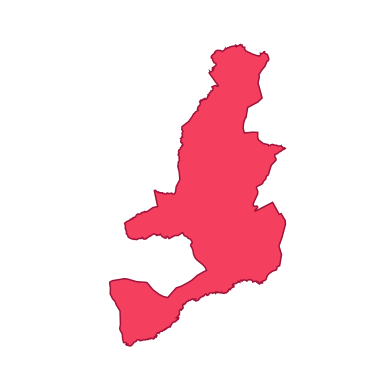 Sai Mun, Yasothon, Thailand (Equal Earth projection), rotated 242°
{"feature_id": "78962969B82059554981356", "entity_name": "Sai Mun", "entity_type": "district", "adm_level": 2, "iso_a3": "THA", "parent_name": "Thailand", "parent_adm1": "Yasothon", "projection": "equal_earth", "projection_center": [104.191, 15.992], "detail": "fine", "context": "isolated", "style": "filled", "palette": "rose", "viewbox_px": 384, "rotation_deg": 242, "n_neighbors": 0, "source": "geoboundaries", "source_scale": "gbopen_adm2", "svg_char_len": 5939}
<svg xmlns="http://www.w3.org/2000/svg" viewBox="0 0 384 384"><g transform="rotate(242 192 192)"><path d="M91.2,60.9L90.5,62.2L89.3,63.2L88.8,62.8L88.3,63.3L88.3,62.2L87.2,62.5L86.8,63.7L85.9,64.0L85.1,65.2L84.9,66.7L86.5,70.3L86.4,72.5L87.2,74.3L86.1,76.2L85.1,76.2L84.4,78.5L84.4,79.9L83.3,81.3L83.2,83.3L82.7,83.3L82.3,84.4L82.4,86.4L81.9,86.4L81.9,87.6L80.3,89.1L80.7,90.4L81.2,90.2L81.6,90.8L80.9,90.8L81.3,92.1L80.7,92.5L81.6,93.5L82.0,93.0L82.8,93.3L84.0,95.8L82.7,96.5L83.6,98.0L83.5,99.7L83.0,100.5L83.4,101.6L83.0,102.6L83.3,103.1L83.2,104.0L83.6,103.8L83.5,106.2L83.9,106.5L83.4,107.9L83.6,108.9L83.1,109.4L83.6,110.3L84.1,110.2L84.8,112.0L85.6,112.8L85.7,114.6L85.3,116.8L85.7,117.1L86.2,120.3L87.3,121.3L87.9,120.6L87.7,119.8L88.1,119.9L88.3,119.4L89.1,122.0L89.6,122.6L89.5,123.3L93.1,125.2L93.5,126.7L92.8,127.1L93.6,127.8L93.2,128.2L93.7,129.7L96.6,130.7L96.4,131.8L96.9,131.9L97.0,132.6L96.6,132.7L96.5,133.8L97.4,135.0L97.7,137.1L97.4,137.4L97.8,138.4L97.2,139.5L97.5,142.3L96.4,142.7L96.0,144.5L95.5,143.4L95.1,144.0L94.1,144.0L93.5,146.5L95.0,150.4L94.6,152.6L95.1,153.1L94.7,153.6L94.9,154.5L95.5,155.8L95.3,156.7L94.4,156.7L94.0,157.3L93.6,156.9L93.3,157.5L94.5,160.7L93.6,162.3L92.9,162.5L92.8,164.1L92.2,165.0L92.4,165.5L91.5,165.3L91.9,166.6L91.4,166.8L91.9,167.4L89.9,169.1L89.9,170.1L89.4,170.3L89.6,171.2L88.5,171.3L87.3,173.0L87.6,174.2L86.9,174.8L87.5,177.6L88.5,178.4L87.9,179.8L88.8,179.7L88.4,181.1L88.8,181.6L88.7,183.5L89.1,183.9L88.6,184.4L89.2,184.8L89.3,184.2L90.3,184.0L90.2,184.8L91.0,184.6L91.1,185.8L91.5,185.8L90.6,187.2L90.7,190.0L91.4,190.6L89.9,191.8L90.5,192.0L91.1,193.8L90.6,194.8L89.8,194.4L90.1,196.2L89.3,197.6L87.6,198.6L88.2,200.6L87.4,201.4L87.4,202.3L85.4,203.8L84.0,203.4L83.6,205.6L82.8,207.2L82.1,206.8L81.5,208.0L80.5,207.5L79.1,208.4L79.2,209.1L79.9,209.3L79.9,211.2L79.2,210.4L78.6,211.6L80.0,212.5L80.2,213.6L79.6,214.8L80.2,216.5L82.7,219.1L83.7,221.3L84.3,225.9L83.6,230.1L85.9,232.0L85.8,234.8L94.6,241.6L103.6,243.4L109.4,249.9L119.8,259.5L123.0,260.9L131.1,260.5L131.2,258.5L145.0,258.3L145.3,239.0L146.2,238.9L147.4,242.5L148.3,243.0L149.2,242.6L149.7,241.0L151.1,239.6L153.4,241.1L159.4,249.0L161.7,250.4L165.4,250.8L166.3,251.6L166.3,258.1L168.0,260.4L168.8,263.2L170.9,264.9L171.4,267.5L178.4,274.5L180.7,281.1L181.9,281.8L183.8,281.6L186.2,282.6L185.8,285.5L186.4,287.6L186.2,289.7L186.6,290.5L186.6,294.8L187.5,294.5L188.0,292.9L188.7,293.2L190.4,292.4L191.1,292.5L191.0,291.9L192.2,289.6L193.6,288.6L194.1,287.5L196.4,285.2L196.8,281.4L198.1,281.5L201.3,277.7L206.8,275.2L209.4,275.6L213.8,278.0L216.3,273.7L219.6,265.9L224.3,267.1L228.6,269.9L231.6,273.0L232.5,274.2L232.4,274.7L240.5,280.8L240.5,292.3L242.1,298.0L257.3,301.5L261.6,305.1L264.7,306.6L265.1,308.0L266.7,310.3L268.7,315.3L272.1,319.6L272.1,320.9L273.3,322.3L277.9,323.1L280.4,321.4L281.9,322.0L282.1,321.4L281.6,320.8L281.4,319.1L282.3,317.5L281.2,317.4L280.3,315.5L282.2,313.1L285.6,309.9L291.4,305.7L293.4,305.5L295.0,306.5L296.5,304.6L298.4,305.2L298.9,303.7L299.5,303.8L299.4,299.3L300.1,298.9L299.8,299.8L300.0,300.2L301.2,299.5L300.7,298.9L302.4,293.7L302.1,292.2L302.6,291.3L302.3,289.9L303.3,289.2L302.2,287.5L301.8,284.6L302.9,284.2L303.8,283.2L304.9,281.5L305.4,279.7L304.7,277.5L303.8,277.3L303.6,275.1L302.7,272.7L301.3,272.0L300.7,272.7L299.9,272.7L299.0,272.2L295.8,272.1L294.5,273.4L292.9,273.1L292.2,271.1L292.1,268.4L291.7,268.3L291.4,269.5L290.8,269.1L290.9,267.6L290.4,267.4L290.1,268.3L289.7,268.1L289.0,265.5L289.2,264.7L290.2,264.4L289.5,264.2L289.1,263.0L273.4,265.1L273.6,263.5L274.8,263.1L275.3,261.9L275.4,258.9L274.6,258.9L274.5,259.5L273.0,259.1L271.9,256.9L272.3,256.2L271.7,255.7L271.2,253.9L270.3,252.9L270.3,251.9L269.5,252.3L269.1,250.7L268.3,250.3L267.5,248.8L267.6,246.8L268.6,247.2L268.6,244.7L268.1,244.5L268.2,243.5L269.0,243.1L268.6,242.0L268.0,242.5L267.9,241.1L266.8,241.3L265.0,239.7L264.5,239.0L264.7,238.1L264.3,237.3L262.7,235.7L261.2,235.8L261.0,232.5L260.2,231.1L260.3,230.2L258.8,228.1L255.8,222.2L254.4,213.8L251.8,212.3L249.7,212.5L248.5,210.7L247.5,210.6L245.8,209.8L245.8,209.3L244.9,209.4L244.6,207.1L243.6,207.3L241.6,205.5L240.6,205.7L240.0,206.4L239.7,206.0L237.9,206.2L237.7,204.9L237.2,204.9L236.4,202.6L235.3,201.8L235.1,199.9L233.6,198.8L232.4,198.9L231.9,198.4L231.8,197.4L228.4,197.1L227.6,196.2L225.8,195.9L225.1,194.2L221.0,191.4L215.9,190.2L208.7,187.1L204.2,180.6L200.0,177.6L198.6,175.9L199.0,174.1L200.5,173.6L201.4,170.8L202.6,169.9L202.8,169.2L202.3,168.6L202.6,167.5L203.6,166.9L204.4,165.6L205.0,165.7L207.0,162.4L207.7,162.6L208.3,161.3L210.6,160.6L211.0,159.4L195.3,154.9L196.6,150.2L195.7,142.8L196.4,142.1L196.2,141.2L197.1,140.8L196.8,139.7L197.4,138.5L197.3,137.0L196.7,136.6L197.4,134.4L198.0,134.1L197.9,132.5L196.5,130.0L197.0,128.1L196.2,127.2L196.8,126.8L196.2,125.8L196.9,124.6L196.3,124.0L196.5,120.2L196.0,117.8L193.4,117.3L191.2,116.0L187.8,115.5L186.0,114.5L185.0,114.9L182.0,114.6L179.5,116.2L178.0,117.8L177.7,118.9L177.2,118.8L176.7,120.1L176.0,120.7L175.8,123.3L174.7,125.6L175.2,126.3L175.0,127.1L174.0,126.8L173.1,127.3L172.3,128.8L172.2,130.4L172.6,130.9L172.7,132.9L173.1,133.6L172.6,134.5L173.1,138.0L172.0,139.7L171.0,140.6L170.4,140.2L170.0,140.6L169.8,142.7L169.3,143.0L169.6,144.2L166.4,144.8L165.3,145.9L164.4,146.0L163.5,147.5L164.3,148.0L164.3,149.4L161.6,149.9L161.6,156.4L160.1,159.3L160.6,164.6L157.1,164.7L154.6,166.7L152.9,166.9L151.4,168.3L149.0,168.8L146.9,168.2L146.5,166.6L144.7,165.5L142.9,165.8L139.6,165.3L136.2,164.1L132.1,163.9L129.2,164.7L122.6,167.5L119.2,168.3L115.9,168.0L116.1,164.6L115.9,157.6L114.2,150.6L113.9,147.1L113.8,138.5L114.7,133.1L110.2,121.0L113.0,117.8L116.8,115.0L124.0,111.6L132.8,109.8L133.7,109.1L138.7,101.1L145.0,94.6L147.1,91.9L151.0,80.3L151.1,77.4L150.5,76.7L145.6,74.9L140.3,71.9L135.0,71.8L131.4,72.7L127.9,72.2L120.7,72.6L108.6,66.6L105.4,64.1L103.7,63.7L99.3,63.8L95.4,62.0L91.2,60.9Z" fill="#f43f5e" stroke="#9f1239" stroke-width="1.5"/></g></svg>